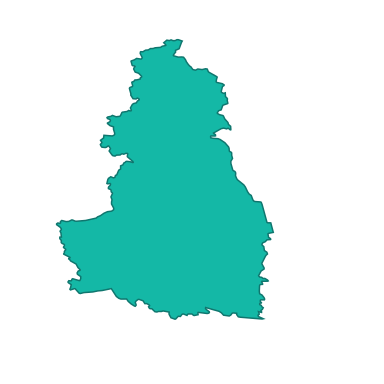 the Region of Kemerovo, rotated 202°
{"feature_id": "RUS-2401", "entity_name": "Kemerovo", "entity_type": "Region", "adm_level": 1, "iso_a3": "RUS", "parent_name": "Russia", "parent_adm1": "", "projection": "natural_earth1", "projection_center": [87.523, 54.5], "detail": "fine", "context": "isolated", "style": "filled", "palette": "teal", "viewbox_px": 384, "rotation_deg": 202, "n_neighbors": 0, "source": "natural_earth", "source_scale": "10m", "svg_char_len": 5993}
<svg xmlns="http://www.w3.org/2000/svg" viewBox="0 0 384 384"><g transform="rotate(202 192 192)"><path d="M264.0,58.5L264.8,58.3L268.0,55.7L268.8,56.1L268.8,58.1L269.3,60.9L272.4,61.5L272.9,61.7L273.3,62.2L273.0,63.6L271.2,64.2L270.6,64.6L270.6,66.3L270.1,66.9L263.3,67.6L262.8,67.9L262.7,70.0L263.5,71.9L267.4,72.8L268.2,73.9L267.9,76.1L266.5,77.4L266.7,78.1L269.4,79.2L272.5,81.8L278.8,82.6L279.7,83.3L281.3,83.8L281.4,84.2L280.6,85.0L280.5,85.5L280.8,85.7L287.6,86.3L287.8,86.6L287.6,87.9L288.1,89.2L287.5,90.9L287.7,91.6L290.3,92.4L290.5,93.0L290.2,94.3L290.5,95.2L291.2,95.6L292.9,95.6L294.1,96.0L294.4,96.3L295.0,98.1L296.9,99.1L297.4,99.8L297.6,100.7L296.2,101.3L298.2,105.0L299.5,106.0L299.6,106.7L299.1,108.1L299.3,108.8L300.9,109.9L305.3,111.0L305.6,111.8L304.8,113.0L302.6,113.5L302.3,114.2L302.9,115.3L302.1,116.8L297.7,117.4L296.2,118.1L295.1,118.7L293.1,121.0L292.2,121.3L289.5,121.2L288.2,121.6L279.9,125.8L271.1,131.9L270.2,133.6L267.9,135.9L265.7,139.3L263.0,142.1L259.4,144.1L258.1,146.0L258.2,147.0L258.8,147.9L262.1,150.7L262.9,152.7L263.2,154.8L265.3,157.1L265.2,160.9L265.6,161.4L267.0,161.9L267.6,163.2L268.4,163.8L270.7,163.8L271.1,164.4L271.2,165.5L270.3,167.6L270.5,168.9L271.2,169.2L273.1,168.0L274.1,168.0L274.7,171.7L274.6,173.3L273.0,175.7L270.0,175.7L269.0,176.7L269.2,178.7L268.2,179.6L268.1,184.8L266.8,186.5L268.0,189.5L266.2,191.3L266.1,193.3L265.2,194.3L264.6,195.6L264.0,196.0L261.2,196.8L258.1,197.1L257.6,197.4L257.6,197.6L258.4,198.2L265.0,200.4L265.4,200.9L265.8,203.3L266.5,203.6L268.0,202.9L269.4,201.5L271.0,201.3L271.9,200.5L272.5,199.4L275.8,197.9L276.8,196.5L278.9,196.0L280.1,196.4L284.2,199.0L283.8,201.6L286.2,203.4L286.9,203.4L288.2,201.4L289.1,200.7L292.3,199.8L294.0,200.8L294.8,201.8L294.1,203.5L294.1,204.2L296.2,205.7L294.2,209.0L294.9,211.6L286.9,214.1L285.6,215.5L285.3,216.6L285.9,217.8L288.3,220.8L289.2,223.0L292.8,222.8L296.0,223.8L296.2,224.3L294.4,226.5L294.5,227.9L295.3,228.5L297.9,228.4L298.7,229.2L298.1,230.1L295.5,231.8L294.5,233.2L290.6,233.3L287.7,234.9L287.1,235.5L286.9,236.2L286.8,239.2L286.5,239.9L282.3,242.4L281.3,243.9L279.8,244.0L278.9,244.5L278.9,245.1L280.6,246.9L280.1,250.9L279.3,252.1L277.0,253.8L276.7,255.8L275.5,257.7L275.7,258.3L277.6,258.7L278.1,258.4L278.7,257.3L281.6,256.4L285.0,258.8L285.5,260.2L288.8,264.5L288.9,265.2L288.6,265.8L286.8,267.4L286.8,267.8L286.8,268.3L288.8,270.9L288.8,271.5L287.5,272.6L286.9,274.5L285.3,275.2L282.4,277.3L282.3,277.5L282.7,278.3L281.8,279.9L282.2,280.5L286.0,282.1L289.6,281.9L292.2,284.2L292.3,285.1L291.8,287.0L292.3,287.3L294.4,286.9L295.0,287.1L297.5,290.4L297.5,290.7L294.9,293.0L293.4,295.1L289.2,296.1L288.7,296.5L288.5,297.6L288.7,298.2L291.9,301.0L292.3,302.4L292.1,302.9L290.1,303.6L288.2,306.1L285.7,307.4L284.3,309.4L281.8,310.5L280.2,311.9L275.4,314.3L274.2,316.0L271.4,317.9L271.2,318.3L271.7,318.8L274.1,319.8L272.2,323.4L269.7,323.9L268.4,325.2L266.7,325.2L265.4,325.5L264.1,326.3L263.0,327.6L261.8,328.1L257.6,328.3L257.8,326.7L257.6,320.0L260.3,317.2L260.2,316.6L259.6,315.6L260.5,312.5L260.4,311.6L260.1,311.4L255.3,311.9L252.0,313.4L250.3,313.8L247.7,312.3L245.9,310.6L243.3,308.9L241.3,307.9L240.0,307.7L237.2,305.9L234.5,306.2L232.7,308.2L228.5,309.3L225.5,311.4L223.9,311.7L222.2,309.9L221.3,309.4L212.0,308.2L211.6,307.6L211.6,306.4L211.1,303.7L210.7,303.1L210.0,302.9L204.4,303.8L202.3,303.3L202.2,302.7L203.2,301.3L203.2,300.7L202.6,296.5L202.3,295.7L201.6,295.4L199.6,295.3L198.3,296.4L196.7,293.0L194.7,292.2L194.0,291.6L193.7,290.2L192.0,287.7L192.1,287.3L195.7,284.2L195.9,283.4L195.7,279.1L197.8,277.3L198.2,274.7L197.5,274.3L195.4,274.0L192.0,274.5L191.3,274.2L189.1,272.1L184.7,269.9L183.5,268.3L180.8,267.4L179.4,264.5L179.4,264.1L180.1,264.0L182.0,264.7L182.9,264.3L183.5,263.5L186.6,263.1L188.7,261.6L194.2,254.7L193.8,254.3L191.8,254.0L191.2,252.9L191.7,252.5L195.4,251.1L195.6,250.6L195.0,249.3L192.8,249.6L187.8,251.2L185.5,251.2L179.9,250.0L175.0,247.5L174.0,246.4L173.2,244.8L172.4,243.7L170.3,243.5L169.8,243.0L168.9,240.8L167.0,238.3L167.5,235.0L166.6,233.0L162.4,227.6L161.4,227.2L160.2,227.2L159.1,226.6L158.5,225.7L157.7,223.3L155.5,221.1L154.5,220.4L146.6,218.0L144.4,216.6L140.5,213.0L138.2,211.5L135.8,211.0L132.6,207.5L131.1,206.7L129.9,206.8L124.9,208.4L124.0,208.4L122.3,206.6L111.1,191.9L110.3,191.8L107.4,192.9L101.5,185.0L105.3,182.5L105.9,181.6L104.0,178.6L101.8,178.2L101.3,177.6L101.4,177.3L104.5,175.8L105.5,173.3L107.2,171.6L107.5,170.8L107.5,169.6L107.0,169.0L105.0,168.3L103.0,164.9L100.0,164.2L98.8,162.8L99.7,160.9L99.9,159.4L100.5,152.3L100.3,151.6L96.7,148.6L96.3,147.6L98.3,144.7L98.9,139.3L97.4,138.5L95.4,139.0L93.9,138.4L92.3,139.1L91.6,139.1L89.0,138.7L88.0,138.1L88.3,137.7L93.7,135.4L93.8,134.7L92.4,133.7L92.0,132.8L93.8,131.9L94.2,131.4L94.3,130.5L92.5,125.4L91.2,123.0L88.5,122.7L85.7,121.1L84.5,119.9L84.5,119.1L87.6,117.9L88.1,117.2L87.7,116.1L86.1,115.3L86.1,115.1L87.3,114.4L87.4,113.7L87.0,113.0L85.4,112.8L84.0,111.7L82.6,111.4L82.8,109.4L83.6,108.1L83.6,107.7L82.5,106.9L82.4,106.4L85.6,106.0L84.0,104.1L83.9,103.7L84.6,102.8L84.5,102.3L83.8,101.4L78.4,101.2L79.4,100.5L100.3,94.0L102.3,93.6L104.7,95.1L105.1,96.3L108.5,95.3L109.4,94.6L109.9,92.5L111.0,91.0L116.6,89.6L119.5,91.0L122.2,91.5L136.1,90.0L135.9,89.1L135.1,88.5L131.2,87.5L130.8,87.0L130.8,86.4L131.5,85.6L132.5,85.0L141.2,82.7L141.3,82.2L140.4,80.5L143.7,78.3L144.4,78.2L146.1,78.8L146.9,78.7L149.8,77.5L150.2,76.9L150.4,75.7L154.1,75.7L155.0,75.3L155.5,74.6L156.1,72.3L158.2,71.6L159.5,68.2L160.1,67.7L164.4,67.5L167.2,69.8L167.7,70.5L168.2,72.1L174.2,70.9L175.7,69.7L178.3,68.7L179.6,67.6L181.5,67.1L185.5,68.7L187.1,68.1L187.9,68.2L189.3,69.3L188.7,70.7L189.3,71.2L192.0,71.6L193.9,70.8L196.6,72.8L201.0,72.6L201.8,72.1L203.0,70.0L203.2,69.1L203.2,68.3L201.7,66.7L201.4,66.0L201.8,64.8L202.7,64.7L206.5,65.4L210.2,66.7L212.5,68.3L217.8,66.1L220.0,66.0L223.0,66.8L230.6,72.2L238.4,67.0L242.3,65.0L246.5,62.2L254.6,58.2L257.6,56.0L258.8,55.9L264.0,58.5Z" fill="#14b8a6" stroke="#0f766e" stroke-width="1.5"/></g></svg>